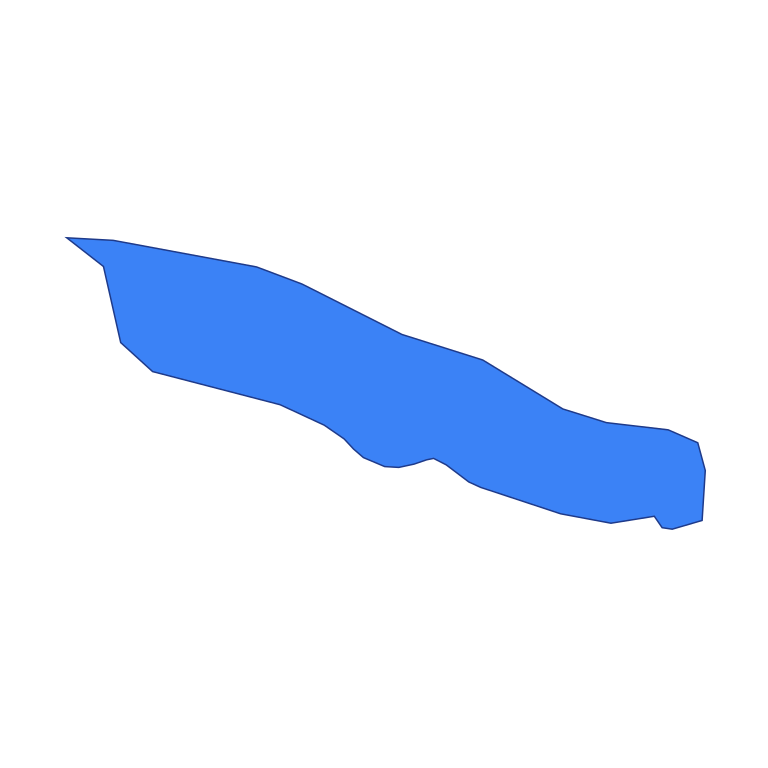 Macquarie Island, Natural Earth projection, rotated 275°
{"feature_id": "AUS+00?", "entity_name": "Macquarie Island", "entity_type": "state/province", "adm_level": 1, "iso_a3": "AUS", "parent_name": "Australia", "parent_adm1": "", "projection": "natural_earth1", "projection_center": [158.879, -54.61], "detail": "fine", "context": "isolated", "style": "filled", "palette": "blue", "viewbox_px": 768, "rotation_deg": 275, "n_neighbors": 0, "source": "natural_earth", "source_scale": "10m", "svg_char_len": 577}
<svg xmlns="http://www.w3.org/2000/svg" viewBox="0 0 768 768"><g transform="rotate(275 384 384)"><path d="M376.2,152.4L402.3,118.1L476.6,94.3L502.0,55.2L503.5,101.7L489.5,246.9L476.4,293.7L434.9,397.6L416.5,480.3L374.7,564.4L364.9,608.9L363.1,671.1L352.8,701.7L325.8,711.6L275.8,712.8L264.5,683.8L265.1,673.6L275.8,664.8L265.1,622.2L270.1,571.2L289.4,489.4L293.8,477.0L308.9,453.0L314.2,439.9L312.2,433.1L306.8,420.9L302.2,406.0L301.8,391.9L308.9,369.9L316.5,359.4L325.8,349.1L337.8,328.0L354.3,282.3L376.2,152.4Z" fill="#3b82f6" stroke="#1e3a8a" stroke-width="1.5"/></g></svg>